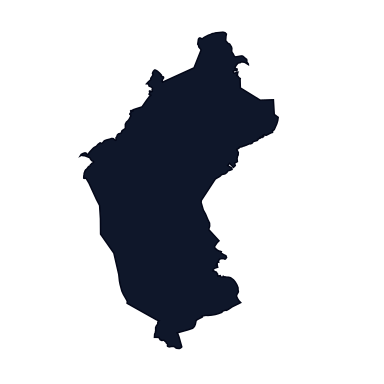 outline of Ocampo, Michoacán, Mexico, rotated 76°
{"feature_id": "50627088B22128423990537", "entity_name": "Ocampo", "entity_type": "district", "adm_level": 2, "iso_a3": "MEX", "parent_name": "Mexico", "parent_adm1": "Michoacán", "projection": "robinson", "projection_center": [-100.33, 19.586], "detail": "fine", "context": "isolated", "style": "filled", "palette": "ink", "viewbox_px": 384, "rotation_deg": 76, "n_neighbors": 0, "source": "geoboundaries", "source_scale": "gbopen_adm2", "svg_char_len": 6001}
<svg xmlns="http://www.w3.org/2000/svg" viewBox="0 0 384 384"><g transform="rotate(76 192 192)"><path d="M311.1,171.5L308.6,172.9L306.4,173.6L304.0,174.0L303.0,173.7L301.6,172.6L300.8,171.7L299.9,171.1L298.2,171.0L296.0,170.5L293.0,170.9L289.9,171.8L287.3,173.0L284.5,175.3L283.6,177.0L282.9,179.3L282.2,180.7L282.3,181.2L282.0,181.7L281.7,181.8L281.3,182.1L281.5,182.3L281.7,182.1L282.0,182.6L282.0,183.3L281.6,184.2L281.2,184.6L280.0,184.8L280.1,185.5L280.0,185.8L279.9,185.8L279.8,186.3L280.0,187.2L279.7,187.3L278.8,187.3L277.8,187.0L277.2,187.4L275.7,187.7L275.4,188.1L275.0,188.8L273.7,190.0L273.9,190.7L273.8,190.8L272.7,190.7L272.1,190.0L271.4,188.2L271.2,185.2L270.9,185.2L270.0,185.6L269.3,185.1L269.0,185.1L268.7,185.3L268.4,185.3L268.4,185.7L268.0,185.2L267.8,184.8L267.8,184.3L267.4,185.3L266.2,184.1L266.6,183.1L265.4,183.0L264.1,181.9L263.8,181.2L263.8,179.3L264.4,177.3L265.1,176.4L265.1,175.8L263.9,174.3L262.0,174.5L260.4,176.5L258.0,178.8L257.0,178.0L256.3,179.0L255.9,179.9L255.1,180.9L254.7,181.2L254.5,181.6L253.4,182.2L253.4,182.5L251.7,183.3L251.0,183.4L250.1,183.1L247.1,179.7L245.9,177.6L232.8,184.7L231.9,184.6L229.4,183.1L226.4,182.5L222.6,183.3L216.7,184.2L212.2,185.4L204.3,185.7L202.3,184.9L185.2,166.4L184.8,165.5L183.8,161.9L183.5,161.0L182.7,159.7L182.3,159.3L182.3,157.7L182.4,156.5L182.3,155.3L181.4,153.3L180.6,152.7L180.1,151.5L180.1,149.8L179.8,147.7L178.8,147.6L178.3,147.7L175.0,151.0L173.2,148.7L178.1,145.8L176.8,143.6L174.3,143.8L173.5,140.6L170.5,140.2L167.1,138.6L167.2,138.2L166.4,138.0L164.9,137.5L161.5,138.3L161.2,137.0L160.9,136.4L160.9,135.9L160.1,135.3L159.8,134.8L160.2,133.9L160.1,132.1L159.8,131.0L160.0,130.5L159.7,130.2L159.8,128.7L159.1,124.6L159.4,123.9L159.3,122.2L158.7,121.2L158.1,120.7L157.9,120.2L157.8,116.4L157.7,116.1L156.9,115.1L156.6,115.0L156.4,114.4L156.3,112.9L155.4,112.8L155.4,112.2L156.1,111.0L155.8,110.5L155.3,110.5L154.8,110.1L155.3,109.5L155.7,109.5L155.7,109.4L155.1,108.8L154.8,109.0L154.7,109.5L154.2,109.2L153.8,107.7L154.3,107.4L154.9,106.5L154.9,106.0L153.9,101.8L153.6,100.1L153.7,99.7L153.6,99.4L153.2,99.3L152.8,99.1L151.9,99.2L151.7,98.9L151.8,98.0L151.7,97.7L151.2,97.0L146.3,93.2L143.4,91.5L140.4,90.3L138.9,91.6L137.9,92.3L137.0,93.2L136.0,93.3L122.2,90.7L119.4,103.6L102.7,119.9L94.4,118.1L93.6,117.7L92.3,118.9L90.7,119.4L90.2,119.7L89.8,120.4L89.1,120.1L88.9,119.5L88.7,119.3L88.3,119.1L87.2,119.1L87.0,118.9L87.1,118.7L86.8,118.4L86.4,119.5L86.8,120.6L87.2,121.4L87.0,122.3L85.2,123.0L84.6,122.8L84.4,122.4L84.8,118.9L84.3,118.6L83.4,118.6L82.7,120.5L81.7,120.1L81.1,119.6L80.9,119.6L79.8,118.5L78.3,116.5L78.0,115.6L78.2,114.0L77.6,112.2L78.0,111.9L78.5,110.4L79.1,109.3L82.0,106.5L81.4,106.4L79.7,107.1L78.6,107.3L77.5,106.9L76.5,106.9L75.0,108.1L72.8,109.6L72.2,110.3L71.9,111.2L71.5,116.9L71.2,117.5L70.6,118.0L69.9,118.3L68.2,118.6L66.1,119.4L64.8,119.4L62.3,118.6L60.8,118.6L57.7,119.6L56.8,120.5L56.4,121.3L55.7,121.5L53.2,122.7L49.0,121.3L47.1,120.4L45.4,121.4L44.4,123.3L43.3,130.6L43.4,132.6L43.2,134.0L43.7,136.1L43.8,138.1L44.9,142.7L45.9,145.1L44.4,147.0L44.4,147.6L44.7,148.2L45.3,148.8L50.0,150.7L50.6,150.4L51.3,150.2L52.9,150.3L55.4,149.1L56.4,148.8L72.0,160.0L78.3,194.0L77.5,194.2L76.4,193.8L75.7,193.4L74.5,192.0L73.7,191.8L73.3,192.0L72.8,193.3L72.1,193.9L71.4,193.3L69.1,194.5L66.4,196.3L64.9,197.9L64.6,198.6L64.6,198.9L65.6,200.4L67.2,201.6L67.7,201.7L68.3,201.3L69.8,202.3L71.7,204.5L73.0,204.7L74.6,207.8L76.0,209.9L76.2,209.4L76.5,208.4L76.8,208.1L78.9,208.0L80.5,205.8L81.5,205.3L82.2,205.4L82.8,205.8L84.0,206.1L84.6,206.1L84.8,206.2L84.9,207.1L83.7,208.4L83.7,208.8L83.8,208.9L84.6,209.0L85.0,208.7L85.4,208.7L86.5,209.9L86.9,210.0L87.9,208.6L88.3,208.5L88.5,208.8L88.8,209.9L91.8,213.6L97.3,219.9L97.9,229.3L98.9,229.5L99.1,229.7L99.1,230.2L98.6,230.5L98.3,231.0L98.2,231.5L98.4,231.9L100.0,231.9L100.3,232.1L100.8,233.2L101.6,233.5L102.4,232.9L103.5,233.0L106.4,235.6L107.6,237.3L108.3,238.7L110.1,240.3L113.8,241.2L114.3,241.5L115.4,244.6L115.9,245.4L116.2,245.6L116.8,245.7L117.6,246.5L117.8,247.2L117.8,249.2L118.5,250.5L119.3,251.1L120.0,251.4L120.8,252.4L121.1,252.7L123.0,252.9L123.4,253.6L123.3,254.0L121.2,255.4L120.7,256.7L120.6,257.3L120.8,258.5L120.8,262.1L121.0,264.1L121.3,265.0L122.7,266.8L123.0,267.5L122.9,268.3L122.2,268.9L122.1,269.6L122.8,270.5L122.6,270.6L123.0,271.6L124.5,273.7L125.1,276.2L125.8,277.6L128.9,282.3L130.4,283.4L130.6,283.9L130.7,284.3L130.6,284.5L129.1,284.9L128.1,286.3L128.2,288.2L128.7,290.4L129.9,291.6L129.6,290.5L129.7,290.2L130.2,289.3L131.0,287.1L133.9,283.0L134.4,282.7L135.6,282.5L136.1,282.0L136.9,282.0L137.9,281.1L138.1,280.5L138.4,280.2L138.8,280.1L139.2,280.2L139.9,281.4L140.1,282.5L140.6,282.9L140.9,283.7L141.3,284.2L142.1,284.6L142.2,284.9L142.1,285.5L142.8,286.9L143.6,287.6L143.8,288.1L144.4,288.7L144.8,289.9L145.4,290.2L145.7,290.8L147.2,291.6L147.6,292.1L148.8,292.3L149.3,292.7L150.3,293.1L152.2,293.7L152.4,293.7L152.8,293.0L152.9,291.8L153.1,291.6L153.8,291.2L158.5,289.8L176.0,286.5L182.7,284.9L195.8,287.3L210.8,290.9L232.4,282.6L254.3,283.0L260.7,283.9L264.3,284.1L271.1,284.0L274.8,283.3L282.1,281.2L284.3,281.9L307.4,257.4L309.1,255.1L309.4,255.9L309.7,256.4L310.1,256.7L311.1,256.9L312.0,257.4L313.4,259.1L314.8,260.1L317.6,260.8L318.1,260.8L318.7,261.3L319.9,261.7L320.4,262.3L321.1,262.7L323.9,263.6L325.1,259.2L325.7,259.2L327.9,258.5L328.1,257.7L328.5,257.6L328.8,257.1L328.9,255.7L329.1,255.0L330.2,254.4L331.0,253.7L332.3,253.4L333.1,252.8L333.7,252.6L334.2,252.6L335.4,253.1L335.8,253.0L336.7,251.7L336.9,251.0L336.8,250.0L337.3,247.7L337.8,246.4L339.2,245.6L340.0,244.5L340.8,242.2L340.7,241.3L340.2,239.9L339.8,239.4L329.4,239.7L326.0,240.1L325.1,240.5L324.8,229.5L324.4,224.4L323.6,223.0L322.8,222.0L321.2,220.8L317.9,219.2L317.1,217.8L315.8,212.3L315.0,212.4L314.9,210.3L315.0,208.7L315.7,206.1L316.2,202.7L316.5,199.1L316.4,195.8L316.0,192.1L315.3,191.8L314.9,190.1L314.8,188.4L315.2,187.1L314.6,184.8L313.1,180.7L311.1,171.5Z" fill="#0f172a" stroke="#020617" stroke-width="1.5"/></g></svg>